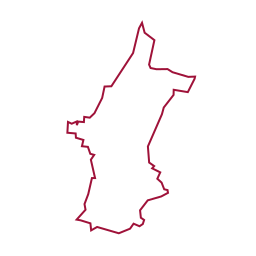 Putnam, Tennessee, United States of America, rotated 277°
{"feature_id": "52423323B64488882262112", "entity_name": "Putnam", "entity_type": "district", "adm_level": 2, "iso_a3": "USA", "parent_name": "United States of America", "parent_adm1": "Tennessee", "projection": "mercator", "projection_center": [-85.513, 36.141], "detail": "fine", "context": "isolated", "style": "outline", "palette": "rose", "viewbox_px": 256, "rotation_deg": 277, "n_neighbors": 0, "source": "geoboundaries", "source_scale": "gbopen_adm2", "svg_char_len": 947}
<svg xmlns="http://www.w3.org/2000/svg" viewBox="0 0 256 256"><g transform="rotate(277 128 128)"><path d="M22.4,131.7L28.3,142.3L33.7,145.2L31.9,151.4L34.5,154.4L38.7,155.2L40.5,151.7L47.8,150.0L58.6,156.4L64.1,169.3L68.5,175.6L71.2,174.8L71.6,171.4L77.9,168.0L81.2,163.3L87.9,165.4L90.9,156.9L93.4,158.6L96.3,153.2L112.1,150.0L145.8,160.0L152.7,161.0L166.4,169.2L171.5,168.7L170.9,183.0L185.0,188.1L187.2,188.3L186.1,181.6L188.8,165.4L191.3,160.1L189.8,149.1L190.3,143.1L193.5,141.2L218.4,143.5L224.6,132.9L234.1,129.1L228.3,126.8L203.0,123.9L167.4,106.4L166.3,99.7L154.7,98.7L138.6,92.9L133.6,88.8L133.7,83.2L128.5,83.5L128.3,77.8L124.6,76.9L128.2,76.3L125.4,71.6L126.7,67.7L115.9,68.4L116.2,76.7L112.0,77.5L110.7,85.2L104.3,84.5L104.4,90.5L97.8,93.7L97.2,97.7L92.0,95.0L74.3,101.4L73.9,98.3L57.5,96.6L47.2,94.1L41.7,95.8L30.8,88.2L30.6,92.2L28.8,102.3L21.9,103.9L26.0,109.4L22.4,131.7Z" fill="none" stroke="#9f1239" stroke-width="2"/></g></svg>